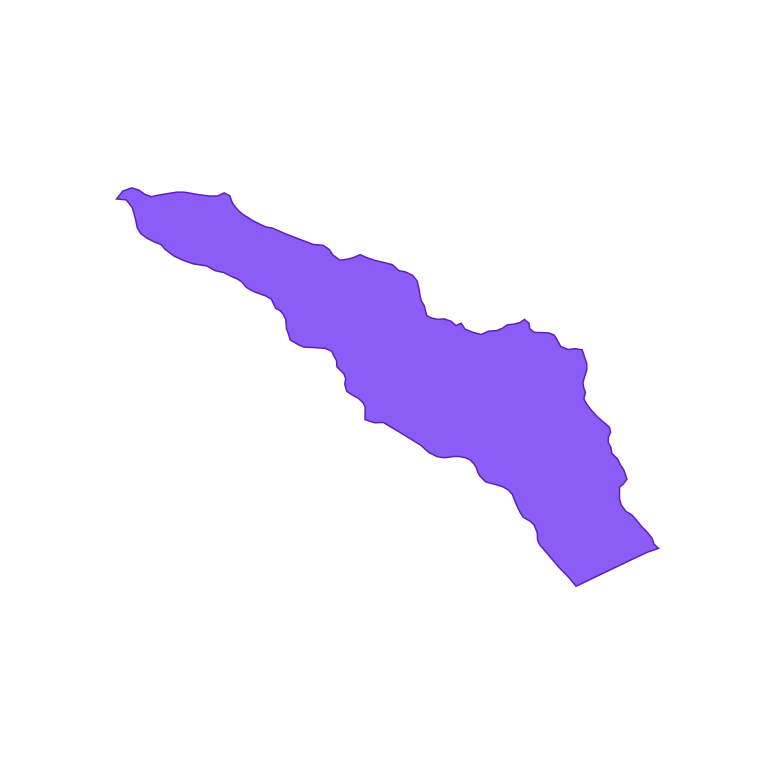 the district of Glicério, São Paulo, Brazil, rotated 289°
{"feature_id": "56859067B70399373262366", "entity_name": "Glicério", "entity_type": "district", "adm_level": 2, "iso_a3": "BRA", "parent_name": "Brazil", "parent_adm1": "São Paulo", "projection": "robinson", "projection_center": [-50.191, -21.317], "detail": "fine", "context": "isolated", "style": "filled", "palette": "violet", "viewbox_px": 768, "rotation_deg": 289, "n_neighbors": 0, "source": "geoboundaries", "source_scale": "gbopen_adm2", "svg_char_len": 2501}
<svg xmlns="http://www.w3.org/2000/svg" viewBox="0 0 768 768"><g transform="rotate(289 384 384)"><path d="M318.0,697.1L320.4,691.6L325.2,687.8L329.4,681.5L333.2,673.8L337.0,667.8L340.8,661.2L342.5,653.8L346.9,647.7L352.2,644.0L358.4,641.9L363.3,640.3L367.1,642.8L373.1,644.7L380.8,638.7L384.6,633.8L389.2,629.3L392.5,622.1L397.8,619.2L401.8,615.1L406.7,613.5L412.2,614.0L416.5,611.3L418.6,606.1L422.4,596.4L427.2,587.8L431.4,581.7L435.2,577.8L441.4,577.3L445.2,574.3L449.9,571.7L455.5,571.3L463.2,571.2L469.2,569.1L474.6,565.0L480.8,560.3L479.6,553.1L476.6,547.1L477.0,538.9L482.0,533.4L485.6,529.0L486.0,523.3L484.1,517.0L481.8,509.3L483.7,503.8L488.7,501.3L490.8,495.8L486.4,492.7L482.8,487.1L480.2,481.5L475.5,478.0L471.1,473.1L468.0,465.6L462.5,459.9L461.8,451.6L462.3,442.6L466.6,437.2L462.6,433.0L465.2,426.9L465.1,419.5L462.6,413.8L461.9,407.5L462.5,402.3L466.4,399.6L471.1,396.6L474.4,392.7L478.2,389.9L484.0,386.9L492.0,382.0L496.0,375.9L497.0,367.5L496.0,361.1L499.6,353.0L499.1,347.5L498.7,342.5L497.9,335.4L497.9,325.8L498.6,319.4L493.1,313.4L490.1,308.7L486.7,302.2L489.4,293.4L493.4,288.5L495.3,281.0L492.9,271.4L493.9,241.5L495.1,227.8L494.1,221.3L494.6,215.5L495.5,208.4L496.6,203.1L498.6,194.7L500.5,190.0L503.6,184.7L506.7,181.0L511.6,177.1L512.7,170.7L507.5,165.3L505.1,158.4L502.9,148.5L501.5,139.5L500.3,132.4L497.9,125.5L493.6,117.5L489.6,110.1L485.4,103.0L485.4,96.5L487.5,89.1L487.3,81.6L481.3,74.2L471.9,70.9L474.2,80.3L468.9,88.5L463.4,92.4L457.8,96.1L451.4,99.8L446.9,105.2L444.6,112.9L443.5,121.1L443.3,127.8L440.0,133.2L436.6,143.9L435.5,154.3L435.5,164.5L437.9,177.9L436.2,187.3L437.2,196.6L436.0,204.5L435.7,210.0L434.5,215.8L430.5,222.7L429.3,228.4L428.8,233.6L428.8,243.0L427.6,249.8L420.3,256.9L419.6,261.8L416.9,266.3L413.2,270.0L404.3,273.9L400.1,277.5L395.1,281.0L393.2,290.6L392.8,296.2L395.2,304.4L398.5,316.4L398.0,323.8L394.6,327.1L390.6,331.5L384.9,333.9L380.5,342.8L376.7,346.0L371.1,346.9L364.9,351.2L363.3,357.7L362.1,364.4L359.5,370.3L356.1,373.7L344.1,377.6L344.3,387.8L347.4,395.9L343.4,414.9L339.8,431.1L338.1,438.8L333.9,448.4L332.6,457.7L333.9,465.1L338.1,473.4L340.0,478.9L340.8,485.1L340.3,490.1L338.1,494.5L335.3,498.3L331.5,501.0L328.2,504.6L324.6,512.0L325.2,521.8L325.5,529.3L324.4,535.9L321.3,541.4L313.5,548.0L306.4,555.1L303.3,559.2L301.7,567.5L299.4,572.0L293.3,577.3L286.2,580.1L282.6,583.8L267.6,609.1L264.3,615.8L261.3,621.7L255.3,631.4L298.5,675.2L310.7,687.8L318.0,697.1Z" fill="#8b5cf6" stroke="#5b21b6" stroke-width="1.5"/></g></svg>